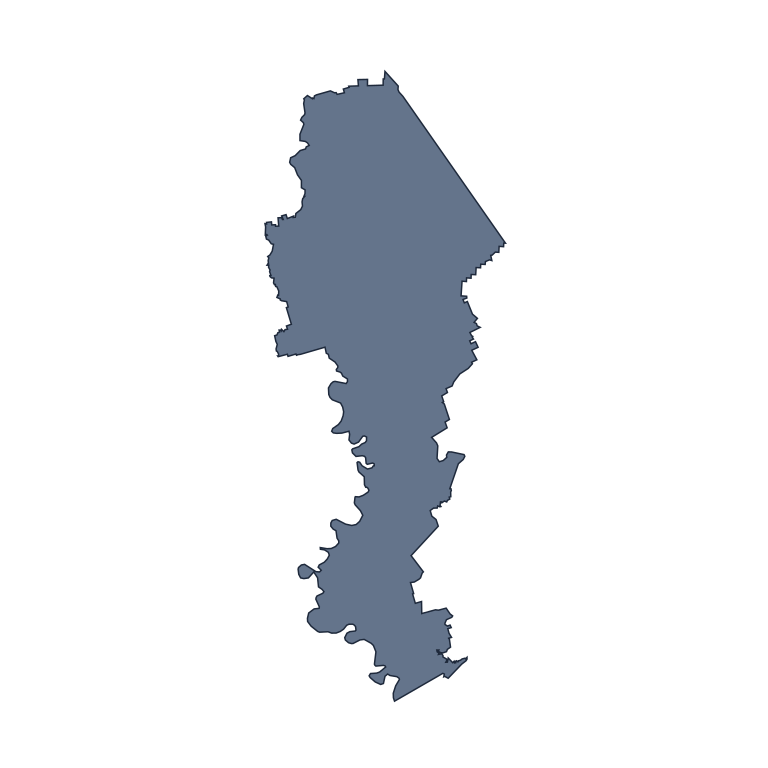 José Azueta, Veracruz, Mexico (orthographic projection), rotated 155°
{"feature_id": "50627088B48315621116970", "entity_name": "José Azueta", "entity_type": "district", "adm_level": 2, "iso_a3": "MEX", "parent_name": "Mexico", "parent_adm1": "Veracruz", "projection": "orthographic", "projection_center": [-95.673, 18.138], "detail": "fine", "context": "isolated", "style": "filled", "palette": "slate", "viewbox_px": 768, "rotation_deg": 155, "n_neighbors": 0, "source": "geoboundaries", "source_scale": "gbopen_adm2", "svg_char_len": 6160}
<svg xmlns="http://www.w3.org/2000/svg" viewBox="0 0 768 768"><g transform="rotate(155 384 384)"><path d="M245.3,636.7L247.0,642.2L246.9,645.0L245.2,648.0L251.0,666.9L254.7,660.3L255.8,660.8L258.5,655.2L272.9,661.4L270.2,667.0L279.0,670.9L281.2,665.0L290.1,668.8L290.2,667.6L296.2,668.5L296.8,664.7L304.1,666.3L304.2,668.3L305.7,668.8L308.7,672.3L323.0,674.6L325.3,674.5L326.9,672.3L327.7,673.3L328.3,672.8L331.5,677.8L336.2,676.4L336.1,675.1L338.3,672.1L341.0,663.1L342.1,661.7L345.7,660.4L348.1,658.4L346.6,654.9L346.9,653.2L354.6,645.9L357.3,640.1L352.8,637.1L351.4,634.8L351.0,631.8L354.2,631.8L355.8,630.2L361.3,631.0L368.0,628.5L373.0,628.5L375.8,624.8L375.7,622.5L373.5,617.8L374.0,610.1L372.8,603.4L375.9,596.8L373.5,593.3L375.1,590.0L377.4,587.8L376.7,587.5L379.4,586.3L381.3,583.7L382.7,579.7L385.8,577.2L391.8,575.8L393.9,572.6L395.9,573.3L395.1,574.4L401.7,574.8L401.2,578.9L405.7,579.6L405.8,575.7L406.5,576.0L406.5,578.1L409.8,579.4L412.7,571.6L415.6,572.8L415.0,574.2L418.5,575.6L417.5,578.5L422.2,580.1L422.8,578.6L424.1,579.6L424.9,576.4L428.6,569.3L427.1,569.1L426.8,568.2L428.7,568.0L429.3,565.0L427.7,563.2L426.9,558.7L425.1,557.3L429.2,551.6L433.0,549.1L435.5,548.7L435.1,547.0L436.8,544.9L438.0,541.5L438.0,542.3L439.8,541.1L438.2,540.4L439.3,538.6L439.1,535.5L440.2,534.2L440.6,530.2L441.7,530.5L441.9,529.6L441.1,527.7L438.9,526.4L441.4,522.3L441.3,520.3L440.4,520.1L441.0,518.2L440.0,517.4L440.1,512.8L442.1,508.9L442.7,509.5L444.5,507.7L442.1,505.0L442.5,504.0L441.7,502.8L437.4,499.8L438.3,494.3L440.2,494.5L442.7,477.3L447.9,477.8L448.3,474.4L450.7,475.1L452.6,473.8L453.8,476.9L454.8,475.5L455.2,476.7L456.3,477.2L456.7,475.2L458.6,475.3L460.3,473.7L462.7,474.0L464.0,468.3L464.0,465.0L467.0,461.4L467.6,459.4L467.0,458.6L466.9,455.7L467.8,453.9L468.5,454.3L468.4,453.5L459.0,451.8L459.3,449.6L451.1,448.4L451.2,446.4L450.7,447.3L447.2,446.2L421.9,442.3L423.3,436.3L421.9,434.4L422.7,430.6L419.1,424.6L418.2,419.8L419.0,418.4L421.1,417.3L421.5,415.8L418.9,413.5L418.0,411.9L418.0,408.6L415.0,404.0L416.1,401.6L418.1,400.4L427.3,407.1L429.1,407.5L431.9,406.7L436.0,403.9L438.5,397.8L438.6,394.6L437.5,391.5L431.4,385.1L431.2,380.6L432.3,375.9L434.4,372.6L438.5,368.5L442.5,366.5L449.3,365.3L451.4,363.3L450.6,361.1L447.8,359.3L442.9,357.3L435.7,356.0L436.4,352.9L439.4,348.1L438.5,344.2L436.5,342.2L431.6,342.1L425.4,345.6L423.7,345.2L422.2,343.3L423.9,339.9L425.9,338.9L429.6,339.0L433.2,337.8L439.8,338.5L441.0,337.9L441.7,334.9L440.0,330.2L434.0,328.2L432.2,326.7L431.8,325.0L433.7,319.7L433.1,318.3L427.8,317.2L426.7,316.0L426.9,315.1L427.4,314.0L428.3,314.3L430.3,313.1L434.9,313.9L438.4,319.1L439.1,323.4L440.4,324.5L441.6,324.2L443.9,317.0L443.9,314.8L441.1,308.3L444.3,300.9L444.2,298.1L443.3,297.8L442.6,296.3L442.6,294.0L444.0,292.8L449.8,291.9L454.3,292.2L457.6,294.0L458.2,293.5L461.1,288.8L461.2,286.7L458.9,279.1L458.7,274.0L464.1,269.8L468.6,268.4L473.0,269.4L478.0,273.2L484.5,281.6L488.6,282.2L490.9,280.5L492.3,277.6L491.4,274.0L489.5,271.3L491.7,264.1L491.3,261.0L492.2,259.0L496.6,257.2L501.3,257.2L505.2,258.8L510.9,262.7L511.5,261.1L508.0,258.8L505.6,255.0L505.9,252.0L509.3,249.4L513.4,247.7L519.1,247.4L520.0,246.7L521.1,245.8L519.6,241.7L521.8,240.9L525.0,242.7L532.2,254.1L535.4,254.9L539.0,253.8L540.1,252.5L541.7,247.5L541.5,243.5L538.9,241.5L534.5,240.2L527.1,243.3L526.1,236.4L529.1,227.8L526.9,224.0L526.2,221.2L527.9,220.2L534.3,220.2L535.7,219.2L536.7,217.8L536.8,209.3L537.6,208.1L542.4,209.7L549.0,208.3L552.4,204.0L553.6,201.0L552.4,195.3L548.7,187.8L547.3,186.3L539.4,183.1L536.8,180.4L532.6,178.5L528.2,178.2L524.2,178.9L519.8,181.1L517.3,181.1L513.8,179.5L512.9,178.2L512.3,176.2L513.4,172.8L514.5,172.3L519.6,174.0L522.9,173.8L526.8,170.7L527.2,168.3L525.5,164.5L523.2,162.5L521.7,161.9L514.0,162.2L509.9,160.9L505.2,154.4L504.1,151.5L504.5,144.7L511.1,134.1L511.1,133.0L510.6,131.8L503.4,129.2L502.2,128.1L502.1,126.8L509.8,124.8L512.9,125.1L518.6,127.3L520.8,125.8L520.6,123.8L517.9,117.7L514.0,113.1L511.1,112.8L506.6,118.7L503.3,119.6L501.8,117.3L496.0,113.3L494.7,110.9L494.9,109.7L501.0,105.5L506.3,99.8L508.1,95.6L508.5,92.1L453.0,96.9L451.9,95.6L453.6,93.4L452.6,93.4L450.2,90.2L431.9,97.3L426.6,98.5L425.0,99.6L424.3,101.2L426.3,100.5L426.6,101.3L429.5,101.8L431.5,101.3L433.7,101.7L434.0,101.0L435.1,101.4L435.3,102.5L436.6,102.5L436.9,101.1L438.0,101.4L437.7,103.1L439.5,102.4L441.6,108.6L444.1,105.1L445.6,105.7L443.6,107.2L443.7,108.5L445.9,111.7L445.3,112.9L445.6,115.1L448.9,115.9L447.9,116.7L449.0,118.8L448.6,120.6L446.7,119.7L447.8,118.8L446.0,116.4L444.1,115.4L440.5,115.0L438.7,116.7L434.9,117.4L432.3,126.0L433.6,126.4L429.9,125.8L430.4,130.6L429.6,135.3L426.0,134.8L426.0,137.6L428.8,137.8L430.3,140.2L429.9,141.4L427.0,144.0L421.2,143.9L419.8,144.8L421.3,147.7L422.4,154.6L430.2,156.0L432.8,157.6L446.8,160.0L441.9,171.0L448.3,172.0L446.8,181.7L445.7,181.5L443.9,192.9L440.2,191.7L434.6,192.3L432.8,192.9L429.3,196.5L427.7,197.1L432.0,217.0L394.9,232.2L394.1,239.2L396.5,244.0L395.6,249.8L391.6,250.6L388.2,249.1L386.9,250.8L385.3,249.1L384.2,248.9L384.5,250.3L382.6,253.3L381.6,252.8L381.7,251.9L378.8,252.4L377.0,250.6L375.7,251.7L373.0,251.9L372.7,253.9L371.1,253.6L369.2,258.0L368.0,259.0L367.6,260.8L368.6,261.3L350.3,280.3L344.1,282.1L341.3,284.3L341.3,286.2L351.4,293.8L354.4,295.3L357.4,293.2L358.1,291.0L362.7,289.6L366.7,290.2L367.4,294.1L361.4,305.2L361.3,308.4L363.4,315.5L345.3,317.6L344.7,323.7L339.7,324.2L337.8,340.4L338.9,342.6L337.4,342.7L336.7,348.8L330.1,349.5L329.7,353.6L323.1,353.4L319.9,356.4L311.0,361.1L301.1,362.5L295.3,365.0L295.4,366.7L289.6,366.7L290.2,377.5L283.2,377.5L283.2,383.7L288.1,383.7L288.1,386.9L283.9,386.9L284.3,388.8L283.4,389.6L284.2,390.7L284.4,394.4L272.9,394.7L275.0,397.3L274.7,399.7L276.3,401.8L271.6,404.0L274.3,409.9L273.6,423.5L276.9,423.6L276.7,427.2L272.6,426.9L272.0,428.6L276.9,431.3L269.8,444.2L266.0,442.0L264.3,445.3L260.4,443.1L258.7,446.4L254.7,444.3L251.3,450.6L247.4,448.5L245.7,451.7L241.8,449.6L240.3,452.1L235.9,451.9L234.1,450.3L232.9,455.5L231.5,455.1L227.4,456.5L224.3,454.8L221.5,460.1L217.6,457.9L215.9,461.1L214.4,460.3L245.3,636.7Z" fill="#64748b" stroke="#1e293b" stroke-width="1.5"/></g></svg>